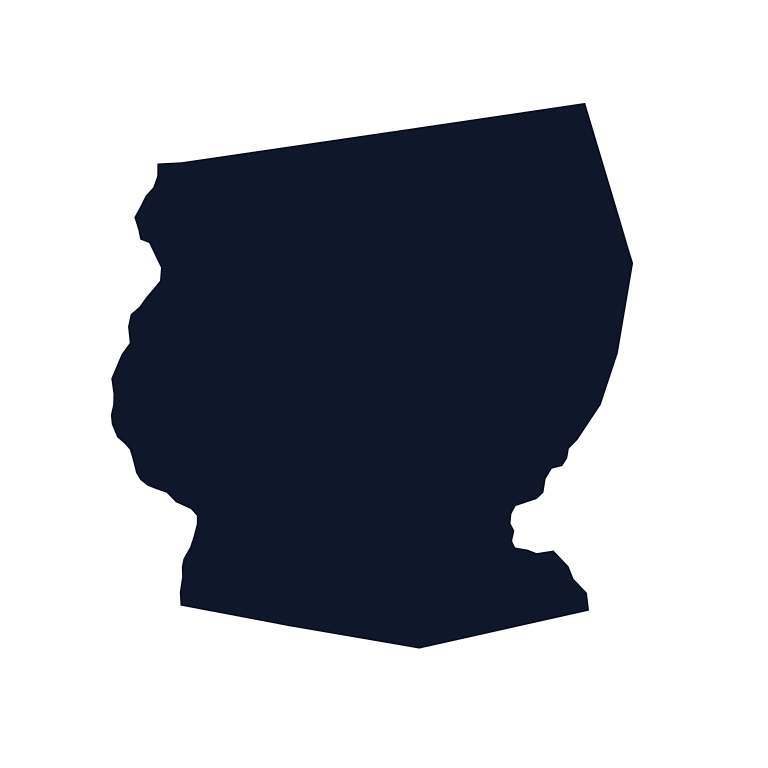 Ipanguaçu, Rio Grande do Norte, Brazil, rotated 344°
{"feature_id": "56859067B33594898664345", "entity_name": "Ipanguaçu", "entity_type": "district", "adm_level": 2, "iso_a3": "BRA", "parent_name": "Brazil", "parent_adm1": "Rio Grande do Norte", "projection": "mercator", "projection_center": [-36.832, -5.544], "detail": "fine", "context": "isolated", "style": "filled", "palette": "ink", "viewbox_px": 768, "rotation_deg": 344, "n_neighbors": 0, "source": "geoboundaries", "source_scale": "gbopen_adm2", "svg_char_len": 1083}
<svg xmlns="http://www.w3.org/2000/svg" viewBox="0 0 768 768"><g transform="rotate(344 384 384)"><path d="M128.2,540.5L227.3,590.4L345.2,647.3L518.0,657.5L520.7,640.9L511.7,623.6L510.4,610.4L500.5,591.5L483.8,589.4L476.0,583.5L464.3,577.8L463.0,570.2L468.0,561.0L466.4,552.6L470.1,543.4L476.6,536.8L498.8,535.9L506.8,531.7L512.6,519.2L521.7,510.9L532.4,511.2L539.1,505.3L543.3,496.5L554.2,490.3L586.1,463.1L616.6,418.4L656.0,336.3L655.7,323.8L655.4,287.4L654.1,169.9L506.3,150.2L498.0,149.1L249.9,115.7L227.5,110.5L224.1,121.9L216.9,132.0L207.4,137.8L198.6,147.4L190.7,155.3L191.1,167.8L190.3,177.6L197.8,183.3L202.5,210.8L197.8,223.5L188.2,230.1L180.3,235.3L170.4,243.1L160.3,247.7L154.5,258.6L151.6,274.9L140.4,283.7L124.1,303.9L122.0,318.9L118.8,329.3L113.6,338.9L112.0,347.7L113.6,361.4L119.1,369.9L122.4,377.1L122.4,387.8L122.0,401.2L124.1,408.8L129.0,415.8L136.6,421.7L145.7,428.1L152.0,439.8L164.5,450.5L168.6,458.9L166.2,467.3L159.5,478.6L153.3,487.7L143.6,497.3L139.9,504.5L137.5,514.1L131.1,528.0L128.2,540.5Z" fill="#0f172a" stroke="#020617" stroke-width="1.5"/></g></svg>